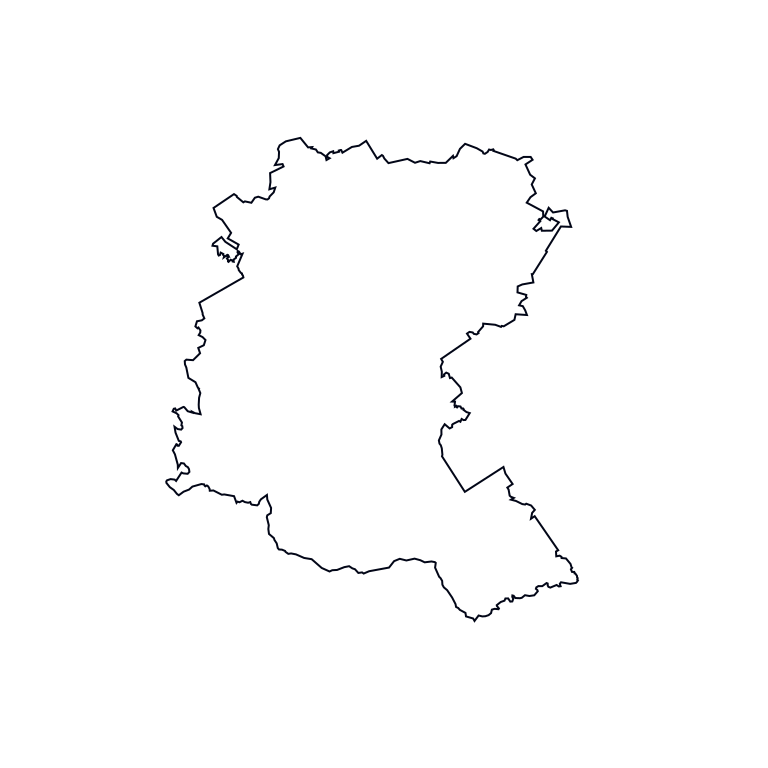 Ģibuļu pag., Talsi, Latvia (orthographic projection), rotated 335°
{"feature_id": "27541924B60318700247351", "entity_name": "Ģibuļu pag.", "entity_type": "district", "adm_level": 2, "iso_a3": "LVA", "parent_name": "Latvia", "parent_adm1": "Talsi", "projection": "orthographic", "projection_center": [22.362, 57.197], "detail": "fine", "context": "isolated", "style": "outline", "palette": "ink", "viewbox_px": 768, "rotation_deg": 335, "n_neighbors": 0, "source": "geoboundaries", "source_scale": "gbopen_adm2", "svg_char_len": 6166}
<svg xmlns="http://www.w3.org/2000/svg" viewBox="0 0 768 768"><g transform="rotate(335 384 384)"><path d="M464.7,567.5L460.3,568.2L463.8,563.4L467.5,561.8L466.0,556.3L462.3,552.6L461.0,552.9L458.6,551.3L454.2,545.8L450.2,542.5L453.5,542.1L451.3,539.8L450.7,538.3L452.3,532.4L452.0,530.0L458.3,529.0L456.2,516.5L457.2,509.7L411.7,515.9L406.0,474.0L407.0,472.9L409.2,466.7L409.6,463.5L409.1,461.5L409.9,458.3L414.7,454.1L416.8,449.4L422.0,446.1L424.7,452.0L427.5,451.9L428.6,449.7L429.6,449.4L436.4,449.2L437.3,450.5L439.6,448.5L440.8,450.3L442.6,451.0L449.4,446.6L446.9,444.3L445.1,441.0L445.6,440.6L445.3,439.5L443.9,439.0L443.8,436.7L441.7,435.4L440.3,436.1L439.8,435.3L440.5,435.1L440.2,434.2L438.9,434.4L439.3,433.8L438.8,433.3L440.9,430.0L438.3,428.7L450.8,425.1L451.8,419.3L448.1,406.8L446.3,406.5L447.0,402.1L445.2,400.0L442.4,400.7L442.1,402.1L439.2,402.1L441.6,397.3L442.7,392.2L446.7,388.8L446.4,385.4L481.5,379.5L480.5,373.4L483.5,372.9L486.2,374.8L486.6,376.5L488.9,378.2L491.2,377.8L491.2,376.7L498.2,373.6L499.4,371.2L509.8,377.3L514.2,381.7L515.2,381.1L516.9,382.3L529.3,381.0L532.8,376.4L542.7,381.9L543.1,376.9L542.7,372.1L539.7,369.8L543.7,367.0L549.9,366.2L549.5,365.0L550.6,363.4L543.7,357.4L546.4,352.1L551.4,352.2L562.3,355.1L564.4,346.9L565.4,347.3L587.5,333.1L587.0,331.7L610.9,316.0L620.0,320.7L621.1,310.1L623.0,304.4L621.5,303.1L609.7,300.0L607.7,293.9L600.4,300.1L603.7,305.7L605.9,304.1L607.0,305.3L606.6,305.9L610.8,311.4L601.1,316.0L591.8,311.8L592.4,309.1L586.7,309.7L585.1,306.5L594.4,302.5L593.4,300.7L594.5,300.1L595.3,301.1L599.1,299.6L599.7,298.1L601.1,294.8L590.0,280.0L595.7,276.6L602.2,275.3L602.2,265.6L607.7,261.4L604.9,256.1L605.0,244.8L613.4,243.6L612.9,240.2L606.4,237.2L599.4,237.5L598.6,235.4L581.7,219.0L582.3,218.5L582.2,217.5L579.8,217.1L578.3,215.9L576.0,217.5L572.7,218.0L571.5,217.0L571.6,215.0L567.7,209.5L559.0,200.6L552.2,203.0L546.1,208.2L542.4,208.7L542.9,206.4L533.4,209.7L526.3,206.4L519.9,201.9L518.6,203.2L511.1,197.3L505.6,196.6L500.4,189.9L481.4,185.7L479.6,179.8L479.5,176.8L478.8,175.6L473.0,176.9L470.6,156.1L462.1,157.5L455.1,155.6L444.1,156.8L444.1,153.9L443.6,153.6L441.7,153.3L441.5,154.5L435.7,153.4L436.3,151.6L432.8,151.2L429.2,152.5L428.5,154.2L430.1,156.4L426.5,156.7L427.3,153.0L424.4,147.8L421.9,146.1L421.4,142.7L417.7,139.8L419.0,138.9L415.2,137.5L412.2,125.6L397.6,122.6L390.3,123.6L387.1,126.3L387.0,129.2L384.1,134.8L377.7,139.5L385.0,141.8L384.9,144.4L369.9,144.7L366.4,153.1L362.4,159.1L368.5,160.0L365.0,163.7L359.6,165.7L358.3,167.1L356.4,167.5L355.0,166.8L349.2,161.1L345.7,160.6L340.4,163.7L335.1,159.7L333.3,159.9L329.7,152.3L330.0,151.3L328.3,148.5L303.9,152.4L303.1,161.8L306.6,166.8L309.3,182.4L303.9,186.0L311.2,196.2L307.5,199.7L300.3,188.1L298.8,182.1L288.4,184.6L287.0,186.2L291.1,188.8L288.4,196.3L288.5,197.7L289.8,197.8L291.5,195.9L293.3,198.2L292.7,198.8L293.3,200.4L292.3,201.6L296.6,200.7L297.2,201.3L297.2,202.7L296.3,201.9L295.9,202.3L296.1,203.4L294.7,203.9L295.1,205.7L294.4,207.0L294.7,207.6L297.6,206.6L298.9,208.3L298.6,209.0L299.5,209.7L300.2,207.7L303.2,207.1L303.7,205.9L307.1,205.0L306.9,202.7L307.7,201.7L308.5,202.7L308.9,205.8L310.9,206.1L300.7,215.3L300.9,218.0L300.5,219.4L301.2,222.7L302.0,223.8L301.6,224.8L302.0,225.9L301.6,228.0L251.0,232.3L249.6,243.0L249.0,244.4L248.9,248.6L245.8,249.3L241.0,248.1L237.4,252.1L238.5,254.7L239.7,254.4L240.3,257.8L239.2,259.7L236.7,261.4L239.4,264.8L240.8,268.7L237.1,272.7L230.9,272.8L230.3,278.4L221.0,281.7L215.2,278.4L213.1,279.0L211.9,282.2L211.8,285.5L209.3,295.8L213.9,302.7L213.8,308.5L214.3,309.9L213.9,310.0L213.7,314.6L210.6,318.3L207.3,324.5L206.1,327.5L205.0,333.9L200.3,330.5L198.4,328.0L198.3,329.0L194.6,325.7L193.2,320.6L192.5,320.0L184.5,320.3L184.4,317.9L183.0,317.6L180.8,319.5L183.6,322.8L184.6,325.4L183.7,326.4L184.6,333.5L182.9,335.8L183.4,336.9L182.8,338.8L180.9,339.6L177.9,337.6L176.1,334.2L174.5,340.0L174.0,348.8L175.5,350.1L175.5,351.0L171.9,353.3L170.8,352.7L170.9,351.4L170.4,350.8L164.6,354.8L164.8,359.4L163.0,370.0L161.7,373.0L166.7,369.9L169.1,371.5L169.7,374.5L171.1,376.5L171.3,378.7L170.5,381.4L168.1,382.4L164.2,380.1L163.1,378.7L154.6,384.0L153.9,382.2L150.4,380.0L146.6,379.6L145.5,380.3L145.0,381.7L146.3,387.0L148.7,391.2L149.9,396.1L151.0,398.1L156.9,396.9L162.7,397.3L167.0,396.0L176.2,397.5L178.6,399.0L178.4,400.1L178.8,401.2L180.6,401.1L181.4,402.5L181.6,405.4L181.0,407.1L184.4,408.4L190.2,415.8L192.6,416.6L200.7,422.3L200.1,429.4L201.5,428.7L203.1,430.1L206.4,430.0L208.0,432.2L210.7,434.2L212.9,434.5L212.7,436.4L213.2,437.5L217.8,440.4L219.9,439.7L221.2,438.0L223.7,436.5L231.0,435.1L229.4,439.4L229.3,448.6L226.8,453.2L222.7,453.7L221.5,455.2L219.9,463.3L217.9,466.5L216.4,471.3L219.1,477.2L218.8,479.0L219.4,483.1L218.4,487.8L218.9,489.6L221.5,491.0L223.8,493.5L223.8,494.5L225.5,497.5L228.2,498.3L232.2,501.2L238.1,507.9L244.4,512.2L249.8,524.4L255.4,530.9L258.4,530.9L262.9,532.7L270.6,533.2L275.4,534.4L277.4,537.7L279.4,539.6L280.9,544.4L284.5,545.5L285.5,547.2L291.4,547.4L311.0,552.5L318.3,548.8L324.4,549.1L329.7,553.4L337.9,555.2L342.5,559.1L345.5,562.8L352.0,564.9L354.8,566.9L355.3,568.0L352.7,572.0L352.5,582.0L353.2,583.8L353.5,587.0L352.1,590.6L352.3,593.6L354.1,597.5L355.5,606.3L355.8,613.7L355.1,616.5L356.6,618.4L357.3,620.8L361.1,625.9L360.1,629.3L365.7,634.2L365.9,637.0L371.9,633.8L374.9,636.2L377.7,637.3L381.1,637.7L384.2,636.9L386.4,634.1L389.2,634.5L392.6,636.5L393.3,636.0L392.5,632.9L392.7,632.1L397.7,630.9L401.6,631.3L403.4,629.7L405.9,630.8L406.5,634.6L408.4,635.3L410.3,633.4L410.3,631.1L411.0,629.9L412.0,630.7L412.6,633.5L416.7,635.6L418.5,636.0L422.5,635.0L426.2,637.6L430.9,639.0L435.8,636.8L435.9,635.5L435.1,633.8L436.1,632.7L438.5,632.4L442.0,634.1L447.2,633.1L448.0,634.0L447.2,635.9L447.3,637.3L448.7,638.8L455.5,639.1L456.9,641.4L458.6,641.9L458.9,639.4L460.6,638.5L468.2,643.8L473.9,645.4L475.5,644.8L476.8,643.9L476.4,643.1L477.5,641.8L477.2,641.1L477.8,639.5L477.3,636.5L476.7,636.2L477.0,634.7L475.0,633.8L475.1,630.9L476.8,630.1L476.5,629.4L477.0,625.9L475.2,619.0L471.4,616.8L471.8,615.6L470.6,613.8L467.3,613.0L469.1,608.5L471.6,608.3L464.7,567.5Z" fill="none" stroke="#020617" stroke-width="2"/></g></svg>